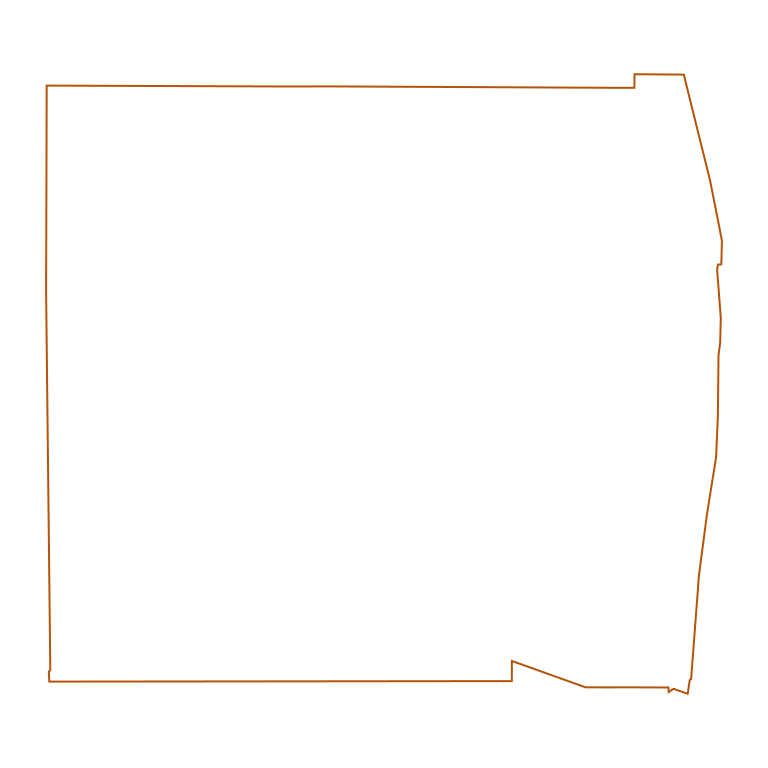 Palm Beach, Florida, United States of America (Natural Earth projection)
{"feature_id": "52423323B70070544976743", "entity_name": "Palm Beach", "entity_type": "district", "adm_level": 2, "iso_a3": "USA", "parent_name": "United States of America", "parent_adm1": "Florida", "projection": "natural_earth1", "projection_center": [-80.218, 26.646], "detail": "fine", "context": "isolated", "style": "outline", "palette": "amber", "viewbox_px": 768, "rotation_deg": 0, "n_neighbors": 0, "source": "geoboundaries", "source_scale": "gbopen_adm2", "svg_char_len": 677}
<svg xmlns="http://www.w3.org/2000/svg" viewBox="0 0 768 768"><path d="M49.3,681.6L511.4,681.1L511.8,681.1L511.9,661.0L549.2,674.3L585.4,687.3L612.1,687.4L612.5,687.3L651.8,687.4L668.4,687.5L668.7,692.1L673.5,688.8L687.7,693.8L689.7,680.1L691.1,679.1L697.6,593.4L697.8,590.9L698.0,587.9L698.9,575.9L707.0,514.1L716.1,457.1L717.9,416.0L717.9,413.1L718.2,385.6L718.5,355.6L720.2,342.2L720.8,317.9L717.1,269.2L718.0,264.6L721.3,264.3L721.6,254.4L721.9,240.6L718.6,223.6L710.1,180.6L701.9,147.6L683.8,74.6L634.5,74.2L634.4,87.8L614.6,87.8L614.0,87.8L327.6,86.4L288.1,86.5L46.7,85.6L46.1,290.8L50.3,669.9L48.8,671.8L49.3,681.6Z" fill="none" stroke="#b45309" stroke-width="2"/></svg>